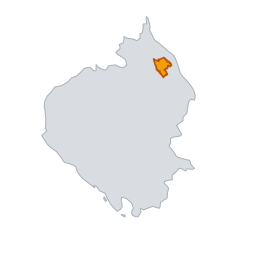 Lumphat, Rôtânôkiri, Cambodia (highlighted), rotated 328°
{"feature_id": "14789045B80217512950075", "entity_name": "Lumphat", "entity_type": "district", "adm_level": 2, "iso_a3": "KHM", "parent_name": "Cambodia", "parent_adm1": "Rôtânôkiri", "projection": "equal_earth", "projection_center": [107.076, 13.435], "detail": "fine", "context": "in_parent", "style": "filled", "palette": "amber", "viewbox_px": 256, "rotation_deg": 328, "n_neighbors": 0, "source": "geoboundaries", "source_scale": "gbopen_adm2", "svg_char_len": 5920}
<svg xmlns="http://www.w3.org/2000/svg" viewBox="0 0 256 256"><g transform="rotate(328 128 128)"><path d="M202.7,43.4L203.1,45.6L201.9,49.7L200.6,53.4L198.2,56.6L198.0,59.0L197.2,66.1L197.5,68.4L198.1,70.3L198.9,71.4L201.0,78.3L203.0,84.7L204.9,89.9L205.2,93.2L203.5,101.5L201.4,109.2L201.6,113.0L202.5,116.9L203.4,122.0L203.8,128.5L203.3,132.8L202.4,135.4L200.6,138.2L199.0,139.5L197.2,137.2L195.7,137.1L193.7,137.8L192.2,138.9L189.0,142.9L185.5,146.8L180.6,147.8L178.7,150.6L176.7,151.0L172.9,151.2L170.3,151.8L170.5,153.3L170.2,160.1L170.3,161.7L169.9,162.2L168.2,162.4L165.2,161.3L161.2,159.6L158.4,159.4L156.9,162.3L156.0,163.5L155.0,163.7L153.8,164.2L153.5,165.5L153.4,167.2L153.9,170.1L154.1,174.6L154.0,177.7L155.0,179.6L161.1,186.2L162.9,187.8L163.1,188.8L162.0,192.4L163.0,197.4L161.1,197.3L157.9,195.1L156.3,193.8L154.5,194.9L153.9,194.7L152.6,192.2L151.0,189.7L149.3,189.5L145.7,190.5L142.1,191.2L140.7,191.2L140.2,191.7L138.0,195.4L137.1,194.8L133.5,193.3L130.1,192.8L129.5,193.8L129.9,196.8L130.6,199.8L130.1,201.1L128.3,202.7L125.9,205.5L124.4,207.7L123.3,208.2L119.7,208.1L116.0,208.4L114.5,210.5L113.1,212.1L111.9,212.6L107.1,207.4L97.6,205.6L96.5,203.4L95.6,202.9L94.7,205.9L89.5,208.7L87.3,207.0L85.7,204.9L85.9,202.4L87.4,200.3L90.1,198.8L91.3,193.6L89.3,187.0L87.6,185.0L85.8,183.5L83.8,186.0L82.2,190.2L80.5,192.4L78.1,192.9L74.6,192.7L73.2,186.4L72.8,181.0L73.3,174.8L73.9,171.1L70.5,166.0L70.4,161.2L68.8,158.7L68.3,160.0L68.3,161.4L67.8,160.4L62.6,146.3L61.8,139.7L62.7,134.7L63.2,133.0L61.7,130.4L59.6,127.4L55.8,123.4L55.6,117.2L54.8,109.8L53.7,107.3L51.9,102.8L51.0,99.1L50.8,89.2L51.3,88.4L54.0,88.1L57.4,87.4L58.0,85.8L57.4,84.5L59.6,82.2L62.8,77.3L65.3,72.2L67.1,68.9L68.1,65.7L71.7,61.2L76.7,58.0L80.0,57.3L83.5,56.2L86.8,54.7L88.4,54.6L92.5,56.4L94.7,56.9L97.1,56.9L99.5,57.1L101.6,56.9L106.7,55.6L112.0,56.6L116.8,55.8L122.8,54.3L125.7,55.2L128.3,56.7L128.7,59.7L129.3,61.1L130.2,62.2L131.3,62.2L132.9,60.1L134.1,57.9L134.5,57.5L134.6,58.6L135.2,60.9L136.3,63.2L137.5,64.8L139.4,66.8L140.6,66.9L144.7,65.0L150.8,67.8L151.5,69.2L153.4,72.0L155.5,74.1L160.3,74.2L162.0,69.2L161.2,66.1L158.5,60.8L157.7,57.6L158.6,57.1L163.2,56.5L163.9,55.9L164.9,52.4L166.2,52.8L168.7,53.3L171.4,50.9L173.0,48.4L173.9,49.5L174.8,51.3L175.8,52.3L177.8,53.8L179.9,55.9L181.2,57.9L182.3,58.7L185.0,58.2L185.7,58.3L187.3,55.8L188.4,54.4L189.4,54.8L190.7,54.7L193.6,51.6L195.2,48.6L196.1,47.9L198.6,49.3L199.6,49.0L201.1,45.0L202.7,43.4ZM71.5,178.0L71.0,178.4L70.5,178.4L70.0,177.8L70.0,175.5L70.4,174.2L71.3,173.9L71.5,178.0ZM79.4,200.4L78.3,201.9L76.6,198.8L76.6,197.9L79.4,200.4Z" fill="#d9dde1" stroke="#a8b0b8" stroke-width="1"/><path d="M197.4,98.0L197.4,97.8L197.6,97.8L197.6,97.5L197.7,97.4L197.8,97.2L198.0,97.3L198.1,97.2L198.0,96.8L198.2,97.0L198.2,96.8L198.4,96.7L198.5,96.5L198.5,96.4L198.5,96.2L198.4,95.6L198.5,95.3L198.3,95.2L198.2,95.0L198.0,94.8L198.1,94.7L198.0,94.3L198.0,94.2L197.9,94.1L197.9,93.9L197.8,94.0L197.7,93.9L197.7,93.7L197.5,93.4L197.5,93.2L197.4,92.9L197.3,93.0L197.2,93.0L197.1,92.9L197.0,92.7L196.7,92.7L196.8,92.6L196.7,92.4L196.8,92.4L196.6,92.3L196.6,92.1L196.6,91.9L196.5,91.7L196.4,91.3L196.4,91.1L196.5,90.9L196.4,90.6L196.4,90.4L196.5,90.4L196.4,90.3L196.4,90.2L196.3,90.3L196.3,90.2L196.3,89.9L196.2,89.7L196.3,89.6L196.1,89.5L196.0,89.4L196.0,89.2L195.9,89.2L195.8,88.8L196.1,88.6L196.1,88.3L196.0,87.9L195.9,87.8L195.8,87.7L195.8,87.4L195.7,87.3L195.4,87.0L195.2,87.1L194.7,87.2L194.3,87.1L193.9,86.9L193.4,86.8L192.9,86.8L191.6,86.7L191.3,86.6L191.1,86.4L190.8,86.4L190.4,86.2L190.4,86.3L190.3,86.2L190.2,85.9L190.0,86.0L190.1,86.8L190.0,87.1L189.9,87.3L189.7,87.3L189.7,87.5L188.9,87.4L188.7,87.3L188.7,87.2L188.8,86.7L188.6,86.5L188.4,86.5L188.4,86.3L188.1,86.2L187.9,85.6L187.6,85.4L187.3,85.1L186.8,84.1L186.7,83.6L186.7,83.4L186.7,83.2L186.3,83.1L186.3,83.5L186.2,83.5L185.9,84.0L185.9,84.4L185.9,84.5L185.7,84.6L185.6,85.2L185.5,85.3L185.5,85.8L185.3,86.3L185.1,86.6L185.1,87.2L184.9,87.5L184.7,88.1L184.6,88.3L184.6,88.6L184.4,89.1L184.5,89.3L184.7,89.6L184.8,89.7L184.7,89.8L184.7,90.0L184.6,90.3L184.6,90.5L184.4,90.8L184.2,90.9L184.2,91.0L183.9,91.2L183.8,92.1L184.0,92.5L183.9,92.8L183.9,93.0L183.7,93.2L183.3,93.1L183.2,93.2L183.1,93.3L183.1,93.6L183.2,93.8L183.3,94.0L183.3,94.3L183.5,94.3L183.7,94.5L183.7,94.4L183.7,94.5L183.9,94.5L184.0,94.7L184.0,94.8L184.1,95.1L184.1,95.3L184.2,95.5L184.1,95.8L184.2,96.0L184.3,96.2L184.2,96.2L184.3,96.3L184.2,96.4L184.4,96.6L184.5,96.6L184.4,96.7L184.5,96.7L184.5,96.8L184.7,97.0L184.8,97.1L184.7,97.3L184.8,97.5L184.7,97.6L184.7,97.8L184.5,98.0L184.5,98.3L184.4,98.3L184.4,98.5L184.4,98.8L184.2,98.9L184.3,99.0L184.2,99.0L184.1,99.3L184.1,99.5L184.3,99.7L184.4,99.8L184.5,99.8L184.6,100.0L184.5,99.9L184.5,100.0L184.5,100.3L184.5,100.5L184.6,100.8L184.7,101.2L184.8,101.3L184.9,101.5L184.6,102.9L184.6,103.3L184.7,103.5L184.8,103.4L185.1,103.4L185.4,103.6L185.5,103.5L185.8,103.5L186.0,103.5L186.0,103.4L186.1,103.5L186.3,103.3L186.4,103.2L186.5,103.2L186.6,103.3L186.7,103.2L186.9,103.4L187.1,103.4L187.4,103.2L187.6,103.1L187.8,103.0L188.0,103.2L188.3,103.1L188.5,103.1L188.5,103.3L188.6,103.5L188.8,103.6L189.0,103.6L189.1,103.4L189.3,103.3L189.3,103.1L189.4,102.9L189.6,102.7L189.7,102.8L189.7,102.7L189.8,102.6L190.0,102.3L189.9,102.1L190.0,102.1L189.9,101.9L190.0,101.8L190.0,101.6L190.0,101.4L190.1,101.2L190.3,100.9L190.2,100.7L190.1,100.4L190.1,100.2L190.2,99.7L189.9,99.5L189.9,99.3L189.9,99.0L189.8,98.9L189.7,98.8L189.8,98.9L189.7,98.7L189.6,98.3L189.6,98.2L189.8,98.2L189.7,97.9L189.8,97.8L190.2,98.2L190.4,98.3L190.6,98.3L191.1,98.0L191.4,97.5L191.6,97.4L191.8,97.4L192.1,97.6L192.2,97.8L192.2,98.1L192.4,98.3L192.6,98.4L193.1,98.3L193.7,97.9L193.8,97.5L194.0,97.4L194.3,97.2L194.5,97.0L194.5,96.8L194.4,96.4L194.5,96.1L195.1,96.1L195.3,96.2L195.4,96.3L195.7,97.0L196.0,98.1L196.4,98.3L196.6,98.2L196.9,98.0L197.3,98.0L197.4,98.0Z" fill="#f59e0b" stroke="#b45309" stroke-width="1.5"/></g></svg>